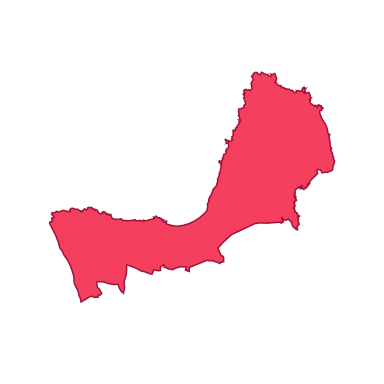 North Mahe, English River, Seychelles, rotated 17°
{"feature_id": "34574756B41664711494427", "entity_name": "North Mahe", "entity_type": "district", "adm_level": 2, "iso_a3": "SYC", "parent_name": "Seychelles", "parent_adm1": "English River", "projection": "orthographic", "projection_center": [55.433, -4.604], "detail": "fine", "context": "isolated", "style": "filled", "palette": "rose", "viewbox_px": 384, "rotation_deg": 17, "n_neighbors": 0, "source": "geoboundaries", "source_scale": "gbopen_adm2", "svg_char_len": 5990}
<svg xmlns="http://www.w3.org/2000/svg" viewBox="0 0 384 384"><g transform="rotate(17 192 192)"><path d="M302.0,197.1L302.3,196.7L303.8,197.5L304.1,197.0L302.4,195.1L303.8,191.7L303.3,191.6L303.4,190.4L301.7,188.7L301.4,187.5L301.9,187.2L301.8,186.8L300.3,184.6L301.9,183.9L301.7,183.4L300.3,184.1L299.2,181.8L298.9,182.1L298.1,181.2L295.9,180.9L296.3,180.5L294.7,177.6L293.6,177.7L294.6,176.0L294.0,175.5L294.5,174.9L293.4,173.6L293.4,172.9L292.5,172.9L292.6,171.3L293.7,170.9L293.6,170.0L294.3,169.5L293.9,168.8L293.2,168.8L293.1,167.7L292.1,167.4L292.9,166.8L292.6,166.1L291.7,166.6L291.0,166.2L291.5,165.8L291.4,164.4L291.0,164.3L290.9,162.4L290.3,162.4L290.3,160.0L290.7,158.8L292.1,157.3L291.5,156.8L292.4,157.0L292.8,156.6L292.3,156.2L292.8,155.8L293.1,156.1L293.6,155.7L294.7,157.3L295.2,156.7L294.5,154.8L295.7,152.9L295.3,155.8L298.2,156.9L298.4,155.7L299.1,155.7L299.6,154.0L300.3,154.3L301.4,151.1L300.5,150.8L301.1,150.2L301.6,150.4L302.0,149.3L301.4,149.1L302.2,145.9L306.6,137.9L306.4,136.9L305.0,135.2L305.4,133.7L306.6,133.9L308.0,132.9L310.9,135.7L313.7,134.0L315.6,133.7L319.4,130.7L319.9,129.1L319.2,125.9L319.6,123.6L319.2,120.6L317.4,118.7L316.9,117.7L317.2,117.3L316.7,117.2L314.7,113.5L312.5,111.5L312.8,110.0L312.4,110.1L311.9,108.6L311.3,108.7L310.8,107.9L309.3,103.7L306.3,97.8L306.2,97.3L306.7,97.5L307.0,96.7L305.3,96.7L302.6,91.6L299.9,88.3L294.8,83.9L291.6,79.9L290.4,77.2L290.9,76.2L292.1,76.1L292.2,74.1L292.8,73.5L291.6,73.0L290.8,73.3L290.4,72.0L289.8,72.7L289.5,72.0L288.1,71.6L287.2,71.8L287.0,74.2L286.1,73.3L284.5,73.0L284.1,73.4L284.5,74.0L283.9,74.1L279.2,72.4L278.3,70.7L278.7,69.9L278.1,69.2L277.4,69.3L278.5,67.6L278.1,67.7L277.3,65.7L275.2,63.0L274.4,62.7L272.2,64.2L270.8,63.9L271.2,64.4L270.8,64.6L269.8,64.4L270.0,63.2L270.5,63.6L271.0,62.9L269.8,61.7L270.6,59.6L269.8,60.1L268.5,59.0L268.3,60.0L267.3,60.3L267.6,63.5L266.6,63.5L266.0,64.4L264.2,63.9L262.0,64.6L262.5,66.4L260.4,67.1L258.6,65.5L256.8,66.0L254.7,65.3L252.8,65.9L251.3,65.6L251.0,66.2L248.5,65.1L247.9,66.0L246.3,65.3L246.0,64.2L244.6,64.7L241.7,64.2L240.7,62.7L239.7,63.1L239.2,62.5L239.9,60.5L239.7,58.5L236.5,54.4L234.1,56.5L233.1,56.3L233.7,56.9L233.5,58.6L231.5,58.5L230.5,57.5L227.7,58.0L223.6,57.1L222.9,60.1L221.0,59.8L219.0,58.7L218.5,59.2L217.8,59.0L216.0,60.7L216.3,61.7L215.1,63.9L216.9,65.4L217.4,66.6L217.7,67.7L216.8,69.5L216.9,71.6L218.3,73.1L218.1,73.9L219.2,75.6L218.0,78.2L216.6,77.4L214.8,78.6L213.5,78.1L212.4,78.7L212.6,79.8L212.0,80.0L213.3,81.7L212.7,82.2L213.3,82.9L212.5,82.9L212.4,83.5L214.2,85.0L214.2,86.1L213.7,86.9L215.1,87.7L215.1,88.6L216.9,90.8L217.3,92.3L216.3,94.2L217.0,95.1L216.8,96.4L215.1,97.2L214.6,98.2L212.4,99.0L213.0,100.2L212.8,101.6L214.2,103.4L214.1,105.0L214.7,104.8L214.8,105.8L216.3,107.8L216.6,108.6L216.1,109.0L217.2,108.9L217.6,109.8L217.2,110.7L216.4,110.6L216.9,113.1L215.8,116.1L216.1,117.4L215.0,118.1L215.5,120.4L214.7,120.9L214.0,120.5L213.3,120.8L213.3,121.9L214.3,122.9L214.0,123.9L214.8,124.9L214.5,127.1L214.0,127.4L214.6,128.1L214.2,129.6L215.2,130.1L215.4,130.8L213.1,133.2L212.3,132.1L212.0,132.6L209.3,132.0L209.6,132.4L208.8,132.7L209.9,133.5L210.3,134.6L211.1,134.7L210.9,135.1L211.8,134.5L212.5,134.9L213.9,137.8L213.3,139.8L212.5,140.8L212.3,143.1L212.9,143.5L213.1,145.5L211.3,146.9L212.0,150.1L211.3,150.1L211.3,151.3L212.0,152.1L210.9,154.3L209.2,154.1L208.8,154.9L209.4,155.9L211.0,156.4L211.6,155.9L212.3,156.8L211.7,158.3L212.9,159.9L212.6,161.9L213.0,164.6L212.6,165.6L212.8,167.4L213.4,168.1L212.7,172.6L213.4,173.0L213.5,178.7L212.5,181.5L211.6,182.6L211.2,189.1L210.5,190.9L210.2,194.7L210.5,195.2L211.0,195.2L210.2,199.3L211.2,200.6L211.7,205.4L210.4,208.6L206.4,214.9L203.2,218.7L198.2,223.3L192.8,226.8L187.2,229.3L181.9,230.0L176.9,230.0L175.5,228.5L176.4,228.0L176.3,227.4L175.7,228.0L175.0,227.7L175.2,228.5L173.9,229.1L172.3,228.4L172.9,227.0L171.3,227.2L170.6,226.5L170.5,227.0L168.4,226.1L166.7,226.6L164.7,225.5L163.6,227.3L162.7,227.3L163.5,228.5L155.5,233.5L154.2,232.9L154.1,234.0L150.5,234.4L146.9,236.0L145.6,235.1L144.9,235.3L145.0,236.2L142.1,236.8L140.6,237.8L134.0,239.5L133.8,239.0L132.0,238.4L131.2,238.7L131.0,239.3L124.6,240.9L122.6,239.9L121.0,237.3L120.4,238.0L119.3,237.5L119.0,238.3L117.5,237.5L116.5,237.8L116.6,238.2L115.6,237.7L115.5,237.0L113.6,236.5L112.6,237.0L112.9,237.8L112.0,238.0L112.4,238.9L111.0,239.8L108.6,239.1L106.6,237.0L105.6,237.0L105.0,237.8L104.5,237.0L102.9,236.9L102.7,237.4L101.0,236.3L100.0,236.2L99.7,236.9L97.7,236.8L96.9,237.6L97.2,239.0L96.2,240.0L94.9,239.4L93.9,239.7L93.0,242.0L93.2,242.8L91.6,242.5L91.7,243.5L91.2,243.5L89.5,242.4L88.1,242.4L87.4,241.9L85.6,242.7L83.4,242.3L81.9,242.7L81.1,243.1L80.3,245.1L81.1,246.0L80.9,246.7L74.2,247.2L69.9,250.4L68.0,250.0L67.1,251.8L64.3,252.7L64.1,253.7L64.7,254.8L66.2,255.2L67.5,256.6L65.8,257.5L65.4,258.2L67.0,261.0L64.8,262.3L65.0,263.7L74.3,273.2L79.2,279.6L82.1,284.3L85.3,286.5L87.8,289.5L93.2,293.7L98.0,299.0L103.6,307.1L106.3,314.1L112.4,320.5L114.1,324.0L116.2,326.2L118.1,329.6L125.5,321.4L126.9,320.9L129.5,321.3L132.9,320.2L132.3,318.3L133.4,318.2L135.2,316.1L135.2,315.2L131.2,311.6L129.4,310.9L127.2,306.0L128.1,305.3L133.2,303.9L139.1,304.0L144.4,303.3L148.4,302.0L150.5,305.0L153.5,307.8L156.1,308.8L155.5,303.1L153.3,297.6L153.4,291.5L152.5,286.3L150.8,281.0L153.3,280.7L161.0,281.2L166.9,282.5L169.4,282.1L176.3,282.5L177.9,282.1L178.2,277.5L182.8,277.2L184.8,276.2L183.8,273.3L186.2,269.7L187.4,272.1L189.2,271.9L191.8,272.5L196.7,271.8L197.0,270.9L201.7,267.4L208.3,265.2L208.6,268.7L212.6,268.8L211.5,264.9L226.3,252.9L228.7,252.7L230.9,251.8L237.8,251.9L239.2,252.4L240.8,250.6L240.5,250.4L242.7,249.4L241.3,245.2L240.0,244.2L239.3,244.6L237.6,243.3L233.4,238.4L233.4,237.7L236.7,230.6L242.4,221.0L261.2,204.0L265.7,201.8L272.7,199.9L285.4,195.0L286.3,195.7L288.2,193.7L286.1,192.2L285.3,190.5L285.5,190.0L287.6,191.9L290.3,191.4L292.0,189.5L294.3,191.1L295.8,191.2L295.9,192.0L298.3,195.3L302.0,197.1Z" fill="#f43f5e" stroke="#9f1239" stroke-width="1.5"/></g></svg>